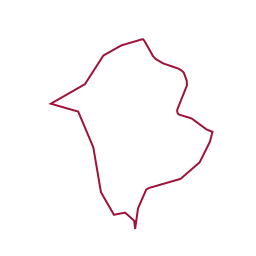 SVG path tracing the border of Bexley, rotated 119°
{"feature_id": "GBR-2061", "entity_name": "Bexley", "entity_type": "London Borough", "adm_level": 1, "iso_a3": "GBR", "parent_name": "United Kingdom", "parent_adm1": "", "projection": "equal_earth", "projection_center": [0.138, 51.452], "detail": "fine", "context": "isolated", "style": "outline", "palette": "rose", "viewbox_px": 256, "rotation_deg": 119, "n_neighbors": 0, "source": "natural_earth", "source_scale": "10m", "svg_char_len": 579}
<svg xmlns="http://www.w3.org/2000/svg" viewBox="0 0 256 256"><g transform="rotate(119 128 128)"><path d="M144.0,56.3L146.9,57.3L170.2,80.5L173.0,82.2L193.4,80.3L212.9,72.8L206.1,77.6L203.4,89.5L210.7,98.2L197.3,120.5L161.7,149.0L137.8,179.5L144.2,207.3L110.5,186.9L76.6,184.7L59.0,173.9L43.1,158.2L43.6,156.3L53.0,141.0L54.2,137.6L54.5,128.7L51.7,113.1L51.7,109.5L52.2,107.2L52.8,105.7L58.1,99.6L62.2,97.1L88.1,93.8L89.7,93.0L90.8,91.8L91.3,91.0L91.5,89.7L88.8,77.1L91.2,58.7L90.4,52.3L100.1,49.7L123.3,48.7L144.0,56.3Z" fill="none" stroke="#9f1239" stroke-width="2"/></g></svg>